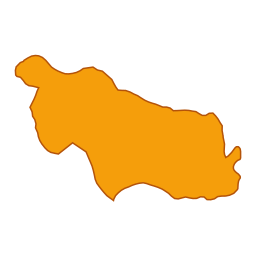 outline of Al Miftah, Hajjah, Yemen
{"feature_id": "15242507B45600422396945", "entity_name": "Al Miftah", "entity_type": "district", "adm_level": 2, "iso_a3": "YEM", "parent_name": "Yemen", "parent_adm1": "Hajjah", "projection": "natural_earth1", "projection_center": [43.522, 15.962], "detail": "fine", "context": "isolated", "style": "filled", "palette": "amber", "viewbox_px": 256, "rotation_deg": 0, "n_neighbors": 0, "source": "geoboundaries", "source_scale": "gbopen_adm2", "svg_char_len": 2474}
<svg xmlns="http://www.w3.org/2000/svg" viewBox="0 0 256 256"><path d="M170.9,108.7L170.2,108.1L166.7,107.1L162.8,107.1L159.2,105.6L155.7,104.2L152.2,103.2L148.4,101.9L144.7,100.2L141.0,97.9L139.6,97.0L137.7,95.7L133.7,94.0L132.1,93.1L130.0,92.0L125.6,90.5L122.0,90.4L118.1,90.1L117.3,89.1L115.8,87.0L113.8,83.4L111.8,79.5L102.4,71.2L97.4,70.0L93.0,67.1L83.3,68.5L80.0,70.8L76.3,72.5L74.1,73.0L72.6,73.4L71.7,73.5L68.8,73.9L65.2,73.8L61.6,72.6L61.2,72.4L57.9,71.0L56.6,70.3L54.6,69.2L51.5,67.1L49.2,64.4L48.7,63.8L45.8,60.4L42.5,57.5L38.9,55.9L37.5,55.7L35.3,55.5L31.6,56.1L29.6,57.1L27.8,58.0L24.1,60.3L23.4,61.4L20.3,62.6L16.2,66.8L15.4,70.4L15.7,75.0L16.9,76.4L20.5,77.3L23.2,80.4L25.6,83.7L28.9,85.7L30.7,85.9L32.8,86.2L38.7,87.7L37.0,91.4L35.7,95.3L34.0,99.3L30.0,107.3L32.1,111.8L32.5,115.0L32.6,116.2L34.8,119.6L36.0,123.9L35.5,127.8L37.7,132.7L38.4,136.7L39.8,140.5L41.9,144.0L43.2,145.6L44.8,147.7L47.6,150.5L50.8,152.4L52.2,152.7L54.3,153.2L54.6,153.3L58.4,154.0L72.6,142.8L84.8,151.0L86.1,151.9L88.8,158.3L90.4,162.0L92.1,166.1L93.3,170.3L94.3,174.7L95.2,179.2L96.8,183.2L99.1,186.4L101.5,189.5L104.0,192.5L106.8,195.6L110.0,198.0L112.0,199.4L113.1,200.2L113.5,200.5L113.8,199.1L115.6,195.6L118.4,192.7L121.4,190.2L121.8,190.0L124.8,188.3L128.4,187.0L132.2,185.3L135.7,184.1L139.5,183.2L143.3,182.8L146.8,183.6L150.4,184.9L154.1,186.0L154.4,186.1L158.0,187.3L161.9,189.0L163.3,189.8L165.3,191.1L168.6,193.3L171.4,196.1L174.6,198.5L178.2,198.9L182.0,197.9L185.6,197.0L189.5,197.9L193.0,198.5L196.6,198.4L200.5,196.8L204.1,197.0L207.0,199.6L210.7,199.7L214.5,198.8L217.7,196.6L221.4,196.1L225.7,196.0L229.6,195.2L233.8,193.3L237.0,190.0L237.8,188.8L238.1,183.7L238.6,181.0L239.3,179.4L240.1,178.3L240.3,177.2L240.1,176.2L238.4,174.1L236.5,172.7L235.2,171.5L233.9,169.9L233.4,168.3L233.4,166.6L234.0,164.8L234.5,163.8L235.2,162.8L236.5,161.4L237.7,160.4L238.8,159.9L240.0,159.4L240.6,158.0L240.6,155.9L240.6,151.5L240.2,149.0L239.3,147.6L238.4,146.8L237.6,146.7L236.3,146.8L235.0,147.9L233.4,150.1L231.7,152.4L228.0,156.2L226.7,156.9L226.4,157.1L225.8,157.5L224.9,155.4L224.6,154.8L224.1,151.4L224.3,147.8L224.5,144.1L223.8,140.5L223.1,137.1L223.1,136.0L222.8,134.6L222.6,133.2L222.1,130.6L222.2,125.8L220.0,122.5L218.0,119.0L215.6,115.9L212.9,113.1L209.2,113.3L205.8,115.4L202.2,115.4L199.0,113.6L195.9,111.6L192.3,111.1L189.2,110.5L188.4,110.4L184.7,110.2L180.8,110.4L177.0,110.6L173.3,110.7L170.9,108.7Z" fill="#f59e0b" stroke="#b45309" stroke-width="1.5"/></svg>